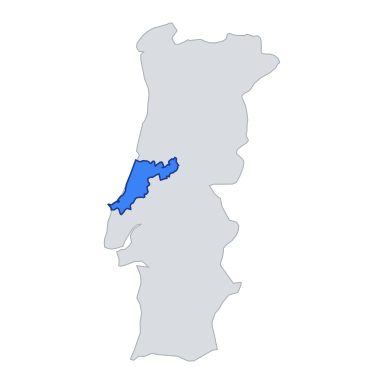 location of Leiria within Portugal
{"feature_id": "PRT-740", "entity_name": "Leiria", "entity_type": "District", "adm_level": 1, "iso_a3": "PRT", "parent_name": "Portugal", "parent_adm1": "", "projection": "robinson", "projection_center": [-8.666, 39.654], "detail": "fine", "context": "in_parent", "style": "filled", "palette": "blue", "viewbox_px": 384, "rotation_deg": 0, "n_neighbors": 0, "source": "natural_earth", "source_scale": "10m", "svg_char_len": 4973}
<svg xmlns="http://www.w3.org/2000/svg" viewBox="0 0 384 384"><path d="M142.5,35.9L147.5,31.5L152.5,28.6L155.3,27.5L166.8,24.5L169.8,23.0L172.6,23.3L173.1,24.7L174.7,27.5L176.5,29.4L177.0,30.9L172.6,36.8L172.0,38.9L174.3,42.7L174.7,43.8L175.9,44.4L179.0,44.2L184.5,41.7L188.2,39.7L189.5,40.5L200.4,39.4L203.0,40.3L204.7,41.4L210.0,42.8L215.9,42.9L223.1,40.9L226.2,38.9L226.8,36.7L226.9,35.0L227.9,33.9L229.5,33.3L232.1,34.4L235.7,35.3L244.6,35.6L246.3,34.4L249.3,34.8L253.2,36.3L257.8,35.8L260.1,37.7L261.0,40.3L261.4,45.8L261.1,51.4L262.0,53.5L265.1,54.0L270.0,54.0L274.5,55.5L278.0,58.1L279.2,60.9L279.7,62.7L278.0,63.8L275.7,67.8L269.6,73.0L260.9,77.7L254.3,83.5L249.8,90.5L244.1,93.5L242.4,95.1L241.7,97.0L245.5,105.6L246.8,112.2L247.8,120.2L247.2,122.5L246.9,131.4L246.1,134.1L246.3,136.2L247.7,138.5L248.4,140.6L245.8,143.4L241.0,146.6L237.4,149.5L236.5,152.1L236.8,153.8L242.8,159.4L243.9,161.7L243.2,167.3L239.7,176.4L236.5,182.0L235.9,182.6L232.1,184.1L213.9,184.2L209.5,185.5L210.1,186.6L214.5,193.8L218.9,197.6L220.4,198.5L222.1,206.8L229.4,220.2L236.4,222.1L238.8,225.5L238.4,230.2L236.3,235.3L232.0,240.6L226.9,244.3L223.6,248.0L223.3,252.3L222.3,257.8L220.7,262.1L220.3,265.0L233.3,283.3L240.5,282.4L241.4,282.8L240.1,287.2L237.9,292.3L235.2,293.3L229.1,294.8L223.3,301.4L218.6,309.4L215.1,313.2L211.9,322.6L212.3,326.7L213.9,333.0L217.3,349.5L212.5,350.2L193.9,360.9L188.2,361.0L177.4,356.2L158.4,354.7L152.2,353.3L144.4,356.4L138.5,356.3L133.7,360.3L130.3,359.2L134.2,350.3L140.3,332.9L140.1,322.2L141.6,312.9L139.9,303.7L136.8,298.0L141.0,283.1L140.6,275.4L136.7,265.7L148.3,267.2L144.7,263.4L141.2,261.0L137.8,261.6L134.9,261.4L125.1,265.2L120.1,266.3L118.7,265.6L119.2,259.6L116.7,251.9L120.7,249.8L125.2,249.2L129.1,245.9L131.6,242.2L130.3,235.6L133.7,229.3L141.6,224.0L137.5,224.8L132.8,228.1L125.4,240.1L122.9,246.2L116.6,248.2L110.9,249.1L108.0,248.5L104.6,247.0L104.3,242.5L104.6,238.9L106.9,231.8L107.9,221.8L111.2,212.8L111.0,210.4L110.1,206.8L113.1,203.3L116.8,201.0L122.4,193.3L130.2,175.0L139.2,155.5L138.4,153.2L136.5,151.4L137.3,146.1L142.7,123.4L144.9,120.5L147.4,113.8L148.0,103.1L149.0,95.6L148.8,91.9L148.0,87.5L144.6,78.9L141.0,60.9L140.7,54.9L143.7,51.8L138.8,51.4L136.6,47.5L137.1,43.0L142.5,35.9Z" fill="#d9dde1" stroke="#a8b0b8" stroke-width="1"/><path d="M111.5,209.9L111.2,208.3L110.6,207.0L108.6,205.1L108.2,204.4L108.8,204.2L111.3,204.9L115.3,202.4L116.3,201.5L117.4,201.4L118.0,202.2L118.6,202.3L119.2,201.7L118.8,200.9L117.9,200.1L118.8,198.7L120.0,197.4L120.5,196.6L121.5,196.0L123.0,195.1L123.8,193.8L124.4,192.8L125.5,190.9L125.6,189.8L125.5,188.5L126.2,186.7L126.5,184.2L130.8,173.5L135.7,160.0L136.0,160.1L137.4,160.7L137.9,161.0L138.6,161.4L140.4,161.7L140.9,161.7L141.6,161.2L142.9,160.7L145.6,160.9L146.7,161.0L147.8,161.3L148.5,161.7L149.4,162.4L149.9,163.1L150.1,163.2L150.4,163.4L151.0,163.3L151.3,163.2L152.3,161.7L152.6,161.5L153.0,161.3L153.4,161.3L153.8,161.3L154.1,161.4L154.5,161.8L154.8,163.3L154.9,163.9L154.9,164.9L155.0,165.4L155.2,165.8L155.5,166.0L155.9,165.7L156.9,164.6L158.3,163.7L160.0,162.3L161.1,162.4L161.2,162.1L161.7,162.1L162.1,162.4L162.8,163.8L163.4,165.1L163.6,166.0L163.5,166.5L163.2,167.0L162.8,167.2L162.5,167.5L162.9,167.6L163.3,167.6L165.5,166.8L167.4,164.8L168.0,164.7L168.9,165.0L169.3,165.0L169.6,164.7L169.8,164.1L169.5,163.7L168.9,163.2L168.7,162.9L168.6,162.5L168.6,162.1L169.4,160.8L171.7,158.9L173.3,159.5L174.9,157.5L175.6,157.9L176.0,158.1L176.3,158.6L176.5,159.0L176.1,160.9L176.3,162.0L178.6,165.4L177.9,165.9L177.7,166.1L177.5,166.8L177.6,167.1L177.7,167.4L177.8,167.5L177.6,168.3L176.5,170.3L176.0,170.7L175.5,171.1L175.0,171.2L174.5,171.4L174.1,171.9L173.6,172.5L173.3,172.7L172.8,172.7L170.4,173.4L170.1,173.7L169.8,174.0L169.8,174.4L169.8,174.8L169.5,175.0L169.0,175.6L169.1,175.9L169.3,176.7L167.1,176.5L166.7,176.3L166.6,176.6L166.7,177.1L166.9,178.4L166.6,178.5L165.6,178.4L164.4,178.9L163.7,179.1L161.5,179.8L160.5,180.1L160.4,179.8L160.3,179.4L160.2,178.9L159.8,177.4L159.7,176.6L159.0,173.9L158.1,174.1L157.4,174.6L156.9,174.7L156.2,174.9L153.6,176.7L152.6,177.2L151.9,177.3L150.9,177.1L148.4,178.1L148.2,178.5L147.9,179.1L147.9,179.6L148.0,180.8L148.0,181.6L148.2,182.1L148.5,182.4L149.0,182.8L149.4,183.3L149.6,184.3L149.4,184.9L149.0,185.3L148.6,185.6L148.1,185.9L146.9,186.8L147.4,188.9L147.5,190.1L148.1,191.8L147.8,192.4L146.4,194.1L145.9,194.2L145.4,194.2L145.0,194.0L144.6,194.0L144.3,194.3L144.3,194.7L144.4,195.3L144.7,196.0L144.8,196.1L144.8,196.3L144.7,196.5L144.6,197.0L143.8,197.5L141.2,197.2L137.7,197.5L136.1,198.1L135.3,198.8L133.6,202.2L133.1,202.9L132.7,203.2L131.6,203.4L130.4,205.3L130.2,206.1L130.5,207.3L130.7,209.4L129.2,209.1L128.1,208.6L127.4,208.5L126.7,208.6L126.4,208.8L125.8,209.1L124.7,210.4L123.4,212.5L122.3,213.7L121.2,214.6L120.3,213.8L119.1,209.8L118.6,209.0L118.2,208.5L117.8,208.3L117.6,208.3L116.9,208.2L116.4,208.5L114.1,209.8L112.0,209.8L111.5,209.9L111.5,209.9Z" fill="#3b82f6" stroke="#1e3a8a" stroke-width="1.5"/></svg>